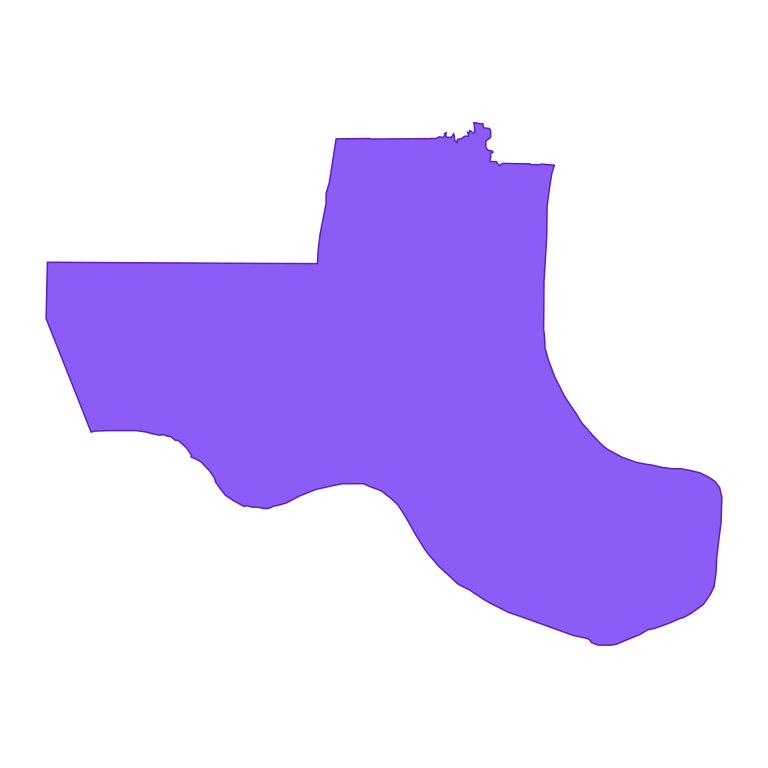 Sabach Sanjar, North Bank, Gambia
{"feature_id": "56634734B86795933582352", "entity_name": "Sabach Sanjar", "entity_type": "district", "adm_level": 2, "iso_a3": "GMB", "parent_name": "Gambia", "parent_adm1": "North Bank", "projection": "albers", "projection_center": [-15.427, 13.542], "detail": "fine", "context": "isolated", "style": "filled", "palette": "violet", "viewbox_px": 768, "rotation_deg": 0, "n_neighbors": 0, "source": "geoboundaries", "source_scale": "gbopen_adm2", "svg_char_len": 2865}
<svg xmlns="http://www.w3.org/2000/svg" viewBox="0 0 768 768"><path d="M91.1,432.1L94.8,431.1L107.8,430.6L119.3,430.6L129.1,430.6L129.5,430.6L136.4,430.6L146.1,432.0L152.6,433.8L157.2,434.7L159.6,435.2L163.7,434.7L167.0,436.1L170.7,436.6L170.9,436.8L173.0,438.4L175.3,440.3L178.1,440.3L181.3,443.1L181.9,443.7L183.2,444.9L186.4,447.7L188.3,450.5L189.6,452.4L191.5,455.6L191.0,457.0L197.5,459.8L200.8,461.7L209.6,470.9L214.0,477.2L214.2,477.5L215.6,482.1L220.7,489.1L225.3,495.1L232.7,500.2L243.8,506.3L247.1,505.8L252.6,507.2L257.7,507.2L263.7,508.5L268.3,508.5L274.8,505.7L276.7,505.7L286.4,502.9L299.8,495.9L315.9,489.4L322.4,488.0L330.7,486.1L342.3,483.7L354.8,483.7L363.6,483.7L369.6,486.5L381.1,490.7L386.7,495.1L390.9,498.3L397.8,504.8L402.4,511.8L407.5,520.2L414.5,532.7L416.3,535.7L419.6,541.1L425.2,549.9L429.3,555.5L433.5,560.1L438.6,566.2L448.8,575.5L457.6,583.8L463.6,587.1L469.2,589.8L484.0,599.6L490.5,603.3L509.0,612.6L513.5,614.1L520.1,616.3L573.3,635.5L586.7,638.3L589.5,639.7L591.3,642.4L596.9,644.8L600.1,645.2L610.3,645.2L616.3,644.3L627.4,639.6L639.9,634.5L647.7,629.8L654.6,628.4L669.0,623.2L679.6,618.6L683.3,617.6L686.5,615.9L691.1,613.4L703.1,604.6L706.8,599.7L711.0,593.1L714.2,586.2L715.1,579.2L716.0,573.1L716.9,555.9L719.2,536.8L721.0,523.3L721.9,497.3L719.6,487.5L715.0,481.5L708.9,477.3L703.4,474.5L700.1,472.9L692.7,471.0L680.7,468.7L675.6,468.7L671.9,468.7L662.2,467.4L652.0,465.1L645.1,464.1L636.3,462.3L622.0,457.2L610.2,450.8L606.7,448.8L600.7,443.7L592.3,434.9L581.7,422.8L576.1,413.5L568.2,401.9L565.3,397.4L564.1,395.4L554.8,377.0L548.3,359.8L545.0,347.7L544.7,340.0L544.5,336.1L543.6,329.1L543.7,323.4L543.9,294.6L544.0,281.2L544.6,271.9L546.7,237.5L547.1,206.3L548.9,192.3L551.7,173.7L554.4,165.3L554.2,165.1L541.7,164.1L539.9,164.6L530.4,164.6L529.9,163.8L512.7,163.6L506.7,163.4L502.6,163.4L499.6,165.5L498.5,164.4L496.2,161.6L490.5,161.6L489.8,160.6L490.8,156.9L490.5,155.1L490.5,153.6L492.8,152.5L492.8,151.5L490.5,150.5L488.2,150.5L485.9,147.6L485.9,143.0L485.9,140.9L489.7,138.3L490.8,136.2L490.5,129.7L488.9,128.4L484.0,127.9L483.0,125.9L483.0,123.8L480.2,123.8L475.8,122.8L473.7,122.8L474.3,125.4L474.8,132.4L473.3,132.9L470.4,130.8L469.6,130.8L469.1,132.9L467.6,132.4L468.6,135.0L468.6,136.0L465.9,136.2L464.5,136.3L461.4,138.9L460.4,138.6L457.3,139.9L457.3,142.5L454.5,140.4L454.5,136.8L453.7,133.9L451.4,137.3L446.8,137.3L445.7,136.0L446.2,132.7L444.4,133.7L445.2,134.7L442.9,137.6L439.6,136.8L437.2,137.8L435.4,138.6L431.1,138.4L430.3,138.6L411.6,138.8L370.9,139.0L369.8,138.5L336.1,138.9L329.3,182.7L326.1,193.4L326.1,199.5L326.1,203.2L320.1,234.1L318.3,249.0L317.4,263.6L261.4,263.4L165.1,262.9L144.7,262.8L74.0,262.4L58.0,262.3L51.1,262.3L47.5,262.3L47.4,262.3L47.0,279.4L46.9,281.7L46.8,287.1L46.4,306.5L46.1,318.6L57.0,346.0L71.8,383.3L91.1,432.1Z" fill="#8b5cf6" stroke="#5b21b6" stroke-width="1.5"/></svg>